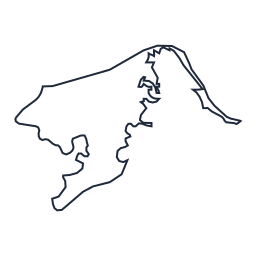 Dumyat, Albers equal-area conic projection
{"feature_id": "EGY-1539", "entity_name": "Dumyat", "entity_type": "Governorate", "adm_level": 1, "iso_a3": "EGY", "parent_name": "Egypt", "parent_adm1": "", "projection": "albers", "projection_center": [31.792, 31.35], "detail": "fine", "context": "isolated", "style": "outline", "palette": "slate", "viewbox_px": 256, "rotation_deg": 0, "n_neighbors": 0, "source": "natural_earth", "source_scale": "10m", "svg_char_len": 2279}
<svg xmlns="http://www.w3.org/2000/svg" viewBox="0 0 256 256"><path d="M236.5,124.0L234.1,123.1L226.3,122.3L224.6,120.7L223.6,118.7L221.8,116.8L211.7,111.4L207.6,107.9L206.0,108.1L203.2,108.1L202.0,102.1L199.6,96.8L196.6,92.6L193.0,89.7L198.0,89.7L202.6,89.1L183.5,65.2L179.4,58.1L173.9,50.9L169.6,48.4L169.5,50.3L163.2,47.3L160.7,48.9L159.2,53.3L154.0,50.3L153.9,51.7L154.2,54.7L154.0,56.1L152.6,55.2L150.0,54.2L148.6,53.3L148.7,56.8L148.0,59.3L146.2,62.4L154.0,62.4L151.9,67.4L157.7,77.8L156.6,83.9L159.2,83.9L159.2,86.7L156.6,86.7L157.4,88.6L158.6,90.8L159.2,93.0L156.6,93.0L155.3,87.6L152.8,83.5L149.0,81.0L143.7,80.6L145.1,77.3L143.6,76.9L140.8,79.8L138.5,86.7L140.8,87.0L142.1,86.5L143.7,83.9L146.4,86.0L148.5,86.9L151.4,86.7L151.4,89.7L148.6,89.7L148.6,93.0L150.1,95.6L152.3,97.5L155.2,98.6L159.2,98.8L156.5,101.6L152.7,102.5L148.9,101.6L146.3,98.8L143.7,98.8L143.9,101.1L143.2,101.6L142.1,101.6L140.8,102.1L142.6,103.4L143.9,104.8L146.3,108.2L141.0,114.9L139.9,120.0L143.3,122.8L151.5,123.0L151.5,126.3L146.4,125.4L142.3,123.7L138.8,123.4L135.7,126.3L133.3,126.3L130.8,123.7L128.3,123.9L126.4,126.5L125.6,131.0L127.2,133.2L129.8,134.8L130.4,136.4L125.6,138.5L125.6,141.2L127.8,145.4L125.1,147.0L120.8,148.1L117.6,150.9L116.8,157.1L119.2,161.0L123.3,162.1L127.4,160.2L121.6,174.3L109.9,182.1L93.0,186.4L83.1,191.7L61.8,209.9L57.2,210.3L54.5,208.2L53.0,204.1L52.2,198.7L58.6,196.6L65.6,187.1L65.2,181.0L63.1,177.3L63.2,175.5L69.6,175.0L77.0,173.0L82.4,168.5L83.0,163.4L76.0,159.9L77.0,156.4L77.7,154.9L78.6,153.5L81.2,153.5L84.3,156.2L87.5,156.3L88.8,154.2L86.4,150.8L86.4,147.5L87.8,145.6L86.8,141.9L86.2,138.8L84.6,135.5L82.3,135.4L80.3,135.7L72.9,138.7L72.3,140.5L72.2,141.9L73.3,146.1L73.5,147.8L72.5,150.4L70.1,152.7L66.3,154.4L63.8,153.6L62.5,152.8L59.9,147.1L58.1,145.4L55.6,145.2L52.9,143.8L48.1,139.7L45.3,139.2L42.5,140.0L40.0,138.8L38.8,136.5L38.6,133.4L39.3,130.3L38.2,127.4L36.0,126.3L18.9,123.6L15.8,121.3L15.4,118.9L16.3,117.2L22.9,109.5L35.9,99.8L38.6,96.9L40.5,93.8L41.5,91.3L42.7,87.2L42.8,86.4L52.6,86.1L109.8,69.7L143.7,50.3L157.4,45.7L172.0,46.0L184.1,52.2L189.5,64.0L191.5,69.3L203.4,85.6L208.5,98.2L214.5,105.8L226.7,116.8L230.7,118.6L240.0,120.7L240.6,121.0L238.0,123.1L236.6,123.9L236.5,124.0Z" fill="none" stroke="#1e293b" stroke-width="2"/></svg>